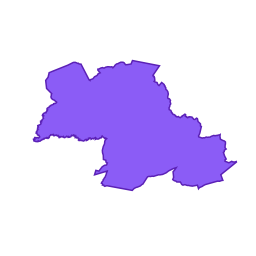 Juaboso, Western, Ghana (Equal Earth projection), rotated 253°
{"feature_id": "2480657B56579001772859", "entity_name": "Juaboso", "entity_type": "district", "adm_level": 2, "iso_a3": "GHA", "parent_name": "Ghana", "parent_adm1": "Western", "projection": "equal_earth", "projection_center": [-2.893, 6.431], "detail": "fine", "context": "isolated", "style": "filled", "palette": "violet", "viewbox_px": 256, "rotation_deg": 253, "n_neighbors": 0, "source": "geoboundaries", "source_scale": "gbopen_adm2", "svg_char_len": 5760}
<svg xmlns="http://www.w3.org/2000/svg" viewBox="0 0 256 256"><g transform="rotate(253 128 128)"><path d="M94.8,214.2L94.6,213.3L94.9,212.1L94.7,210.9L95.1,210.3L95.1,208.9L95.8,208.0L95.7,205.2L95.3,203.7L95.7,202.3L95.7,201.6L96.5,200.1L96.2,198.2L96.7,197.0L96.6,196.1L98.9,193.0L99.9,193.2L100.6,194.0L102.3,195.3L108.0,198.6L108.7,197.9L110.8,198.5L113.7,196.9L116.7,197.1L117.4,196.4L116.6,194.5L116.9,193.7L117.2,193.3L118.4,193.0L118.9,192.5L119.7,192.4L120.7,190.3L120.5,190.1L120.9,189.5L120.4,188.5L120.5,187.8L121.6,187.5L121.5,187.0L122.1,186.8L122.5,186.3L123.1,186.7L123.8,186.6L124.1,186.2L124.2,186.8L124.5,186.6L124.6,186.2L123.9,184.6L123.8,183.5L123.6,183.1L123.1,183.0L123.1,182.2L122.6,180.9L123.2,180.2L124.3,179.5L124.2,178.3L124.9,177.3L125.6,177.3L125.9,176.8L126.3,176.9L127.5,175.9L127.6,175.3L128.2,174.9L129.3,174.8L129.7,174.2L130.4,174.1L130.5,174.3L132.3,174.1L133.5,172.8L135.4,173.2L136.2,174.1L137.7,174.8L138.3,175.7L139.0,176.0L140.8,175.9L142.0,176.7L143.6,176.2L144.1,175.8L144.3,175.1L145.0,174.8L146.3,175.1L148.7,176.5L151.1,176.7L152.9,176.2L153.8,175.5L155.6,175.9L156.5,175.5L157.3,175.7L157.6,175.2L159.0,175.3L161.7,173.5L159.5,170.1L160.1,169.6L161.4,169.2L163.0,169.1L164.0,167.5L164.9,166.6L165.7,167.6L168.4,168.1L168.7,167.8L169.5,168.1L170.1,167.8L170.4,167.2L171.1,167.3L178.3,176.3L191.2,152.0L188.3,149.6L188.8,146.0L189.2,144.2L191.6,143.3L192.3,142.5L193.0,140.5L192.8,138.3L192.5,137.7L192.6,135.8L191.8,133.9L191.1,133.2L190.1,131.3L190.5,131.3L191.0,130.5L191.3,130.4L191.4,129.4L192.5,126.7L192.7,124.4L192.3,123.0L192.7,121.8L193.2,121.4L193.3,119.4L192.9,117.4L193.1,116.4L192.1,116.1L188.9,117.5L188.6,115.3L187.5,114.1L187.2,113.4L186.8,111.0L185.3,108.8L185.2,106.0L184.5,105.6L185.3,104.9L202.9,101.7L203.1,100.8L203.7,99.9L204.4,99.5L204.3,99.1L206.2,96.8L206.7,94.9L205.7,89.0L204.0,68.8L199.9,66.4L197.6,63.2L189.6,61.7L183.1,65.1L182.4,64.4L181.3,64.1L180.8,63.6L179.4,63.3L178.5,63.6L177.4,64.2L175.8,66.0L174.9,66.3L173.8,67.3L173.3,67.2L172.7,65.9L173.0,65.0L173.0,64.0L172.4,63.7L172.3,61.1L172.0,60.4L171.8,60.4L171.7,59.2L170.8,58.4L170.8,57.5L170.4,56.4L169.8,56.0L168.9,56.5L168.6,56.2L168.5,55.6L167.9,55.5L167.1,54.1L166.7,54.1L166.9,53.5L166.7,53.4L166.8,52.2L166.4,51.1L165.9,50.8L165.8,50.3L165.2,49.9L164.8,50.7L164.4,50.9L164.4,50.0L163.8,50.3L163.2,49.9L161.9,50.0L161.0,48.2L160.4,47.8L160.3,47.4L160.2,47.6L159.9,47.2L159.3,47.2L159.5,46.4L159.3,46.1L157.7,46.1L157.3,45.8L156.9,44.7L156.7,42.4L156.1,42.3L155.9,42.7L155.1,42.6L155.1,42.2L154.3,41.4L153.6,41.4L153.2,41.7L153.0,40.9L152.0,40.7L151.8,40.0L151.2,39.7L150.9,39.0L150.1,39.4L149.8,39.0L149.7,39.3L148.0,39.4L147.3,40.4L147.0,40.2L146.5,40.8L145.3,41.0L144.6,39.5L145.5,38.3L145.3,37.3L145.8,37.0L146.2,36.1L145.5,35.4L144.8,35.6L144.8,34.8L144.4,35.1L144.3,34.3L143.8,34.3L143.0,34.9L142.8,34.7L142.6,35.3L142.1,35.7L141.7,36.6L141.7,37.5L141.3,37.7L141.3,38.5L141.6,38.6L141.3,38.8L141.2,40.0L141.2,40.5L141.6,40.8L141.7,41.8L142.2,42.6L141.9,43.0L142.1,43.2L142.1,44.2L142.3,44.4L142.0,44.5L142.5,45.3L142.4,46.6L142.6,47.0L142.1,47.1L142.1,47.9L141.4,48.4L141.6,49.0L141.9,48.9L141.7,49.1L141.8,49.5L142.1,49.3L142.0,49.8L143.2,50.5L143.7,52.0L144.1,52.1L143.7,52.8L143.9,53.4L143.5,53.7L143.7,54.7L142.8,55.0L142.7,54.5L142.4,54.6L142.1,55.5L142.1,56.2L141.9,56.2L142.3,56.4L142.1,57.7L141.6,57.6L141.1,58.5L140.7,58.0L141.0,58.9L140.5,58.8L140.1,59.7L139.6,60.2L139.0,59.4L138.8,59.8L139.1,60.1L139.0,60.5L139.5,61.2L139.1,62.1L138.9,61.6L138.8,63.1L138.5,63.2L138.7,63.8L137.9,63.8L137.4,64.2L137.3,64.8L137.0,64.6L137.6,65.3L137.6,66.6L137.9,66.8L137.4,67.2L137.6,67.6L137.3,68.8L136.6,69.0L136.4,68.7L136.3,69.1L136.6,69.4L136.3,69.8L136.4,70.9L137.2,71.5L137.1,72.2L137.4,72.2L137.1,72.8L136.9,72.7L136.8,72.9L137.2,73.9L136.6,74.1L136.6,74.3L136.2,74.0L135.7,74.6L135.7,75.4L135.3,75.2L135.6,75.7L134.9,75.7L134.7,75.2L133.9,75.3L133.6,75.8L133.5,76.3L133.8,76.9L133.6,77.3L132.5,77.3L131.8,78.1L131.7,77.5L131.0,77.1L130.7,77.6L130.4,77.5L130.0,78.5L130.2,79.4L129.6,79.8L129.3,80.6L128.7,81.3L128.5,82.0L129.4,83.9L129.2,84.9L128.9,84.6L128.5,84.6L128.6,84.9L128.2,84.7L128.3,85.7L128.9,87.4L129.3,87.4L129.4,87.9L129.7,87.7L129.7,88.3L129.5,89.0L128.9,89.5L128.0,89.4L128.4,91.4L127.6,92.1L128.2,92.9L128.1,93.2L128.4,94.1L127.8,94.4L127.6,94.0L127.2,94.2L126.7,93.8L126.8,94.7L126.1,96.1L126.4,98.0L126.8,98.5L126.4,99.5L127.1,100.4L127.8,100.4L127.8,101.1L127.2,101.1L125.8,102.3L125.2,102.4L125.2,102.8L124.7,102.9L124.9,103.8L124.0,104.5L123.6,103.4L122.3,102.0L119.7,100.9L117.6,99.0L114.1,96.9L111.8,96.4L109.3,96.4L105.1,95.3L103.6,97.4L102.0,97.0L101.3,97.2L100.6,98.0L100.0,97.4L99.1,97.0L98.9,96.7L99.2,94.6L98.4,91.9L95.3,87.6L96.9,84.9L93.0,82.3L92.9,95.6L92.3,95.3L91.7,94.4L90.4,93.9L87.6,91.6L87.1,90.7L86.2,89.9L85.9,89.2L84.9,88.8L83.8,87.1L83.0,86.4L82.2,87.2L81.4,87.3L80.9,86.9L80.3,88.2L79.4,88.3L79.0,88.8L79.1,90.0L78.9,91.1L67.1,113.8L68.4,116.2L68.8,118.5L68.7,119.6L69.0,122.9L69.9,124.8L70.0,125.8L75.6,132.4L75.6,133.9L75.0,135.3L74.9,136.9L74.3,138.3L74.3,143.7L73.9,144.6L73.5,147.5L74.0,151.5L75.1,154.3L75.9,159.3L76.0,162.5L74.2,160.3L73.0,158.3L67.5,157.2L65.6,155.7L64.0,156.9L63.3,158.2L62.1,158.9L61.0,162.3L58.3,162.9L57.3,163.8L57.2,165.9L55.7,167.9L55.4,169.1L54.6,170.4L53.6,172.6L53.0,177.7L49.3,177.7L50.1,178.8L50.5,182.3L50.9,183.1L51.3,185.5L51.0,198.1L50.3,200.0L50.4,202.4L50.2,203.4L56.2,203.1L63.7,221.7L64.3,221.7L64.2,220.4L64.7,218.9L65.3,217.8L65.8,217.5L65.3,214.6L65.5,213.9L66.9,212.3L67.7,211.1L69.2,211.5L69.6,212.8L72.9,212.2L76.8,212.1L77.2,213.1L78.6,213.7L79.2,215.7L80.8,215.0L83.7,216.1L84.1,216.5L86.2,217.1L87.4,216.4L88.4,215.0L90.3,213.1L93.2,213.5L94.8,214.2Z" fill="#8b5cf6" stroke="#5b21b6" stroke-width="1.5"/></g></svg>